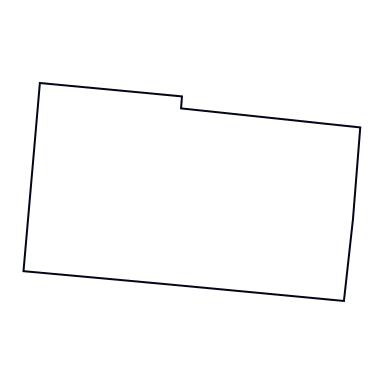 Champaign, Ohio, United States of America, rotated 1°
{"feature_id": "52423323B54986091117207", "entity_name": "Champaign", "entity_type": "district", "adm_level": 2, "iso_a3": "USA", "parent_name": "United States of America", "parent_adm1": "Ohio", "projection": "mercator", "projection_center": [-83.777, 40.142], "detail": "fine", "context": "isolated", "style": "outline", "palette": "ink", "viewbox_px": 384, "rotation_deg": 1, "n_neighbors": 0, "source": "geoboundaries", "source_scale": "gbopen_adm2", "svg_char_len": 290}
<svg xmlns="http://www.w3.org/2000/svg" viewBox="0 0 384 384"><g transform="rotate(1 192 192)"><path d="M24.9,274.1L166.1,284.5L345.8,298.3L353.4,216.6L359.1,124.5L324.0,121.4L179.6,108.6L180.3,96.6L38.0,85.7L33.0,158.1L24.9,274.1Z" fill="none" stroke="#020617" stroke-width="2"/></g></svg>